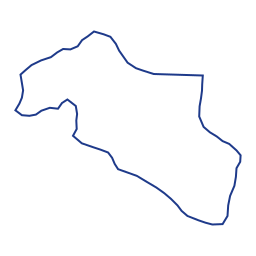 the district of Porto Real, Rio de Janeiro, Brazil, rotated 90°
{"feature_id": "56859067B71972686895442", "entity_name": "Porto Real", "entity_type": "district", "adm_level": 2, "iso_a3": "BRA", "parent_name": "Brazil", "parent_adm1": "Rio de Janeiro", "projection": "natural_earth1", "projection_center": [-44.326, -22.446], "detail": "fine", "context": "isolated", "style": "outline", "palette": "blue", "viewbox_px": 256, "rotation_deg": 90, "n_neighbors": 0, "source": "geoboundaries", "source_scale": "gbopen_adm2", "svg_char_len": 1066}
<svg xmlns="http://www.w3.org/2000/svg" viewBox="0 0 256 256"><g transform="rotate(90 128 128)"><path d="M169.2,137.9L172.2,129.4L175.9,119.1L182.0,109.0L187.5,99.7L193.2,91.7L198.9,85.0L205.4,78.5L210.9,74.4L216.0,68.5L220.3,57.5L222.7,50.5L224.5,43.7L224.1,33.4L216.0,28.5L205.4,27.8L195.9,25.9L185.8,21.6L176.9,20.1L168.2,19.5L161.8,15.8L155.3,15.4L150.4,19.5L143.9,26.8L141.1,33.4L136.5,39.2L132.3,46.1L126.9,52.4L116.5,56.8L106.3,56.4L98.3,55.0L90.6,54.0L84.4,53.8L75.5,53.2L74.0,102.3L70.6,113.0L68.2,120.0L62.7,128.4L55.6,133.4L50.6,136.9L43.9,140.1L36.8,145.6L34.3,152.3L31.5,162.0L36.4,168.3L40.1,173.9L46.3,178.3L49.4,185.6L49.0,192.9L52.4,198.8L57.1,205.0L60.4,214.9L65.1,224.5L70.0,230.3L74.6,235.5L83.0,234.1L90.4,232.9L97.7,234.1L103.6,236.6L110.3,240.6L115.2,234.1L115.8,226.6L114.6,220.1L110.7,214.6L107.8,206.2L108.7,198.0L103.0,194.0L99.5,188.6L106.0,180.2L114.0,178.9L120.5,179.7L129.0,179.3L135.8,183.0L143.3,174.2L147.2,162.9L149.6,155.6L152.5,147.9L157.8,143.9L163.9,141.3L169.2,137.9Z" fill="none" stroke="#1e3a8a" stroke-width="2"/></g></svg>